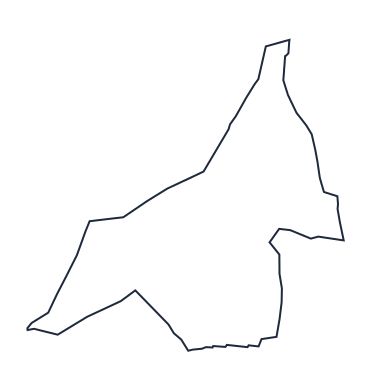 Gubadag, Tashauz, Turkmenistan, rotated 184°
{"feature_id": "10190150B74382957458545", "entity_name": "Gubadag", "entity_type": "district", "adm_level": 2, "iso_a3": "TKM", "parent_name": "Turkmenistan", "parent_adm1": "Tashauz", "projection": "orthographic", "projection_center": [57.511, 41.081], "detail": "fine", "context": "isolated", "style": "outline", "palette": "slate", "viewbox_px": 384, "rotation_deg": 184, "n_neighbors": 0, "source": "geoboundaries", "source_scale": "gbopen_adm2", "svg_char_len": 1303}
<svg xmlns="http://www.w3.org/2000/svg" viewBox="0 0 384 384"><g transform="rotate(184 192 192)"><path d="M333.8,43.4L316.0,40.3L287.9,60.2L255.4,78.2L241.7,89.9L206.2,58.2L200.2,49.8L192.9,44.4L192.5,44.1L192.4,44.0L184.7,33.4L180.3,34.8L174.4,35.8L171.0,36.4L167.3,38.2L162.9,38.3L160.7,38.3L160.3,39.2L160.1,39.8L147.9,39.8L147.3,40.6L146.6,41.9L125.8,41.1L124.8,43.0L114.8,42.6L112.4,50.1L97.6,53.4L95.8,71.2L94.9,88.1L95.6,102.1L99.0,116.5L100.5,135.7L111.1,147.2L102.5,161.3L91.4,160.8L70.2,153.8L62.9,156.3L37.3,154.3L42.3,171.9L45.6,185.2L45.5,190.1L46.7,197.9L59.9,201.1L60.4,201.3L63.7,210.1L65.5,215.1L68.9,230.7L72.0,242.8L72.1,243.1L76.6,257.9L82.6,266.4L93.3,278.3L103.1,295.6L108.7,309.9L108.6,319.8L108.7,320.3L108.6,324.1L108.6,333.7L108.4,333.9L108.4,334.2L108.0,334.3L105.5,337.1L105.5,349.3L105.4,350.4L105.4,350.6L106.1,350.3L108.0,349.7L128.2,342.5L128.5,342.4L130.9,327.0L133.7,309.1L134.5,307.9L137.0,304.0L144.7,289.4L146.8,284.9L153.6,270.6L158.8,262.1L158.9,261.6L159.9,257.1L181.9,213.2L185.1,211.4L192.2,207.4L216.7,193.8L235.9,180.0L258.8,162.0L274.9,159.0L292.1,155.7L295.5,145.3L302.4,121.0L311.8,98.6L319.7,80.3L327.0,61.6L342.8,50.2L346.7,44.7L346.5,42.9L346.4,42.8L346.1,42.9L342.0,44.0L339.9,44.5L333.8,43.4Z" fill="none" stroke="#1e293b" stroke-width="2"/></g></svg>